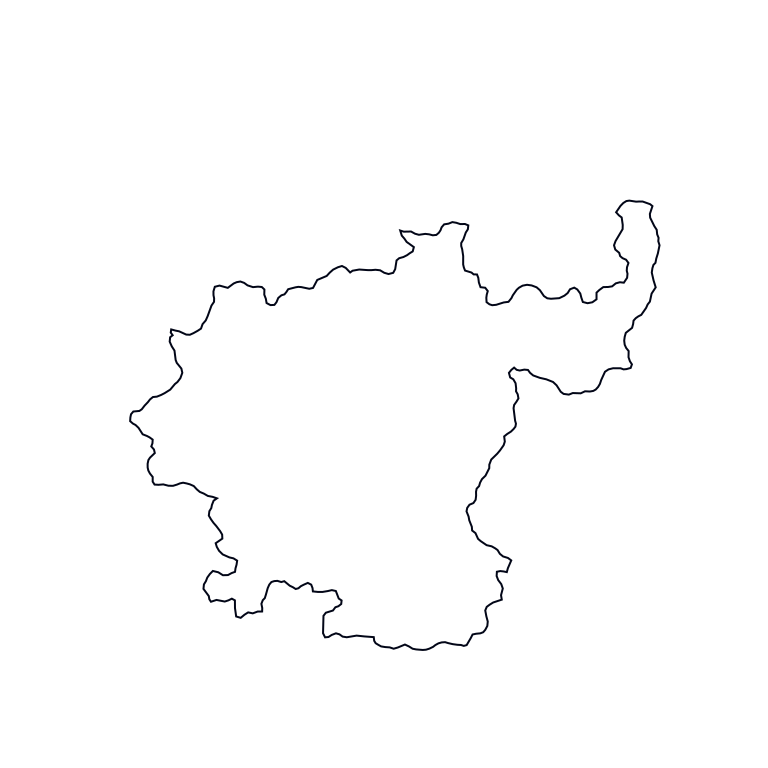 outline of Medina, Minas Gerais, Brazil, rotated 204°
{"feature_id": "56859067B34003853374610", "entity_name": "Medina", "entity_type": "district", "adm_level": 2, "iso_a3": "BRA", "parent_name": "Brazil", "parent_adm1": "Minas Gerais", "projection": "orthographic", "projection_center": [-41.531, -16.312], "detail": "fine", "context": "isolated", "style": "outline", "palette": "ink", "viewbox_px": 768, "rotation_deg": 204, "n_neighbors": 0, "source": "geoboundaries", "source_scale": "gbopen_adm2", "svg_char_len": 6166}
<svg xmlns="http://www.w3.org/2000/svg" viewBox="0 0 768 768"><g transform="rotate(204 384 384)"><path d="M204.6,177.2L202.3,179.1L201.4,187.2L201.2,191.2L198.3,193.3L194.6,195.4L192.4,197.6L191.5,200.6L191.2,205.0L192.6,209.2L196.0,213.4L199.4,218.3L199.5,222.2L197.7,225.4L195.4,228.8L188.7,234.9L191.2,238.7L192.3,245.5L195.5,248.9L199.9,251.3L203.0,254.4L204.5,258.4L201.7,260.4L198.5,261.4L195.3,262.1L195.9,266.1L196.0,274.6L200.0,275.5L205.1,274.9L209.1,276.0L212.7,278.5L215.6,279.1L219.6,279.5L224.7,278.5L231.8,279.8L235.1,280.8L239.8,285.0L243.9,286.0L245.7,289.3L250.7,294.2L252.8,297.3L256.8,301.2L257.6,304.7L256.8,308.5L253.9,311.6L253.2,315.5L254.4,319.4L256.1,323.0L256.8,326.1L255.6,329.4L256.1,333.0L255.8,337.0L254.0,341.5L253.6,349.9L255.0,353.2L255.3,358.6L252.2,366.4L251.0,370.6L249.8,376.7L250.2,380.5L252.9,385.0L251.1,388.5L248.7,392.1L247.3,395.6L246.6,398.5L247.3,401.4L249.3,403.8L255.8,414.6L256.6,417.8L255.8,421.7L255.3,425.5L257.7,429.0L260.4,431.0L261.5,433.8L264.1,438.2L267.8,440.9L271.4,441.3L274.4,445.0L273.4,448.7L271.8,451.9L268.6,450.9L265.5,451.5L261.7,454.2L258.2,455.4L255.1,453.6L251.2,452.5L244.2,453.0L237.6,454.3L230.4,454.6L225.8,453.0L219.4,448.8L215.9,448.0L210.8,449.5L207.9,452.5L200.5,455.5L197.4,459.1L192.8,460.9L190.0,462.8L188.3,465.1L187.2,468.4L186.8,471.9L187.2,476.0L187.1,485.1L184.8,488.7L181.1,491.6L174.2,494.6L171.1,494.8L168.6,496.2L165.2,499.0L165.5,502.8L168.6,504.8L171.5,507.9L173.9,513.6L177.4,515.4L180.1,517.8L182.2,521.3L183.3,525.0L183.9,529.1L180.2,536.2L180.8,540.1L181.8,543.4L180.8,546.5L179.2,549.2L177.1,551.8L175.5,560.1L175.5,563.9L174.6,567.4L176.3,575.4L175.1,582.8L179.9,588.3L184.7,594.7L185.9,599.0L186.3,602.4L185.3,605.1L186.3,609.4L186.9,614.6L188.7,622.8L191.5,626.0L192.6,629.2L195.3,631.8L197.6,635.8L201.3,638.2L208.5,644.2L210.3,647.5L211.1,655.7L214.0,656.5L221.9,655.9L224.7,654.7L227.9,653.1L234.5,651.3L237.0,649.7L239.0,646.7L240.4,642.9L241.8,635.3L238.0,633.6L234.6,632.8L230.6,626.4L229.0,622.5L230.6,608.8L230.3,604.3L227.4,600.9L222.5,599.5L220.3,596.9L217.3,596.0L213.4,596.0L209.9,594.0L209.5,589.5L208.3,586.2L206.4,583.8L205.1,579.9L206.1,574.1L209.9,572.9L213.2,570.2L215.3,566.0L218.7,563.8L223.1,561.7L225.5,557.5L227.0,553.9L224.3,547.8L226.9,543.4L230.9,540.6L235.7,539.8L238.8,543.1L241.5,546.5L245.9,549.0L249.4,549.4L252.6,546.2L253.2,541.8L255.1,538.1L258.8,533.7L266.1,529.8L269.7,528.7L273.7,529.4L279.7,533.1L283.9,534.4L289.2,534.1L293.7,532.8L297.4,530.2L299.9,526.8L301.1,524.0L302.4,517.4L302.5,514.3L303.7,509.7L307.8,507.2L313.7,502.0L317.2,500.0L320.1,499.7L323.6,500.5L325.6,504.4L326.5,507.5L327.0,511.1L330.7,513.1L335.2,511.7L338.6,515.3L341.0,519.3L343.6,521.9L346.7,520.6L349.4,521.4L356.1,520.6L358.5,523.0L360.3,525.4L363.7,533.1L367.4,538.9L369.6,541.5L370.8,544.2L370.3,548.4L370.9,555.7L370.3,559.4L371.5,563.2L375.1,563.1L379.4,561.1L383.5,560.7L387.4,559.7L390.3,556.7L394.0,554.3L395.1,550.6L394.9,547.4L395.4,544.5L396.8,541.5L399.9,539.7L403.6,539.1L407.4,537.9L412.8,534.5L416.8,533.9L421.3,534.3L427.9,531.2L431.6,530.8L428.1,526.8L424.5,525.1L421.1,523.0L412.4,521.2L411.7,516.8L413.7,513.9L415.3,511.1L417.9,507.9L421.3,505.1L422.8,502.0L420.5,493.5L420.8,489.3L424.6,486.3L429.0,485.7L433.8,486.3L438.2,484.9L442.0,482.8L445.5,481.3L453.2,478.5L458.8,474.7L460.3,472.1L466.2,474.5L470.4,474.7L473.6,471.9L477.0,467.8L478.9,463.6L480.3,459.4L487.3,451.9L487.9,442.9L491.0,440.6L498.9,438.9L501.8,437.9L504.2,436.3L510.1,431.6L510.6,428.3L511.4,425.4L513.8,423.3L515.6,419.6L515.5,415.0L516.3,411.7L519.8,409.9L524.2,410.2L526.6,413.8L529.7,416.9L531.7,421.7L535.1,422.9L538.7,421.7L543.1,419.2L548.8,418.6L552.9,419.5L556.9,419.2L560.0,417.1L562.2,414.7L565.8,408.3L574.3,407.0L578.1,404.0L577.5,399.3L575.9,395.8L574.0,393.1L572.7,389.9L573.5,385.5L572.7,374.2L572.7,369.5L574.1,364.9L573.7,360.2L575.8,356.9L578.8,352.9L581.4,350.0L584.8,348.7L592.6,348.8L596.1,348.0L600.6,347.3L599.7,344.2L596.9,342.6L598.4,339.7L597.0,335.5L593.1,332.0L589.0,329.3L584.1,321.2L581.9,319.0L575.4,315.7L572.8,312.2L572.4,306.5L573.5,301.8L575.0,298.9L577.0,291.9L580.7,286.4L583.2,283.3L586.3,280.1L589.8,278.1L591.5,274.7L592.3,271.4L593.9,266.9L595.0,262.4L596.5,259.9L601.8,256.9L602.8,253.5L602.1,250.3L600.8,246.8L597.2,245.7L594.3,245.5L590.4,244.1L584.0,239.9L579.4,240.1L576.5,239.9L572.7,239.1L571.4,235.6L571.2,232.3L567.5,230.6L565.3,227.7L567.8,221.6L568.3,218.7L567.5,215.0L565.9,211.5L564.1,209.1L561.4,207.0L557.5,205.0L555.6,200.7L552.7,198.8L549.0,200.2L544.8,202.5L539.5,203.4L535.3,205.2L532.2,207.9L530.0,210.2L527.4,212.1L523.8,212.9L520.5,213.4L516.3,213.4L512.1,211.6L508.4,210.5L504.1,210.6L499.4,210.1L494.7,211.2L490.1,211.6L492.2,208.1L492.0,203.5L491.3,200.4L491.8,196.8L490.5,192.5L487.0,190.0L483.3,187.8L479.4,186.0L473.8,182.9L470.6,180.6L468.8,177.0L473.0,170.1L470.5,167.2L466.8,164.5L462.0,162.7L454.7,162.7L450.6,163.5L446.3,162.9L445.2,158.9L444.7,155.3L443.7,151.8L446.3,149.3L448.8,146.0L453.4,143.8L458.8,144.6L464.3,143.6L465.8,139.6L466.7,135.3L466.5,131.4L467.0,127.7L465.6,123.4L457.8,119.0L456.0,116.3L453.5,114.7L449.2,118.6L441.0,120.5L438.1,123.1L435.7,126.0L432.2,125.7L429.0,118.7L424.5,111.5L419.8,112.1L417.6,116.5L415.2,120.1L410.6,121.1L406.8,124.8L402.8,126.6L404.1,129.8L406.6,133.3L406.8,137.2L405.8,139.9L406.2,143.5L407.2,150.2L407.2,154.1L406.3,157.3L404.1,159.3L401.3,160.8L397.3,161.3L394.9,163.3L388.1,161.4L384.6,161.3L381.3,160.8L379.1,162.6L377.7,165.5L375.6,168.1L372.7,171.3L368.9,171.1L366.3,168.5L364.6,165.6L360.0,167.1L355.5,169.1L351.1,172.0L347.8,174.5L343.8,175.3L338.1,169.6L334.7,169.0L333.6,165.6L335.3,162.4L337.6,160.3L338.5,156.3L344.1,151.4L345.0,147.6L338.3,131.5L334.8,128.6L331.8,130.3L329.7,133.5L326.5,136.7L322.8,137.2L319.1,136.4L315.0,137.5L306.7,143.0L299.3,145.4L290.4,148.6L288.5,145.4L286.2,143.8L283.1,143.4L279.9,143.1L275.8,144.2L271.7,145.7L267.5,146.1L264.2,148.9L258.9,154.5L254.3,154.4L250.2,153.8L246.7,154.6L240.4,156.8L237.5,158.4L234.9,160.7L232.2,163.9L230.9,166.4L228.8,169.2L226.2,171.4L223.2,173.0L220.0,173.4L215.4,174.3L210.9,175.6L207.5,176.9L204.6,177.2Z" fill="none" stroke="#020617" stroke-width="2"/></g></svg>